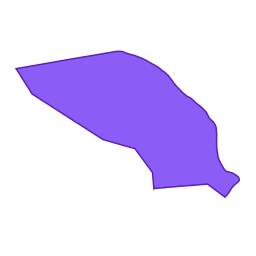 Zamakh wa Manwokh, Hadramawt, Yemen (Albers equal-area conic projection), rotated 265°
{"feature_id": "15242507B25520584620075", "entity_name": "Zamakh wa Manwokh", "entity_type": "district", "adm_level": 2, "iso_a3": "YEM", "parent_name": "Yemen", "parent_adm1": "Hadramawt", "projection": "albers", "projection_center": [47.768, 17.17], "detail": "fine", "context": "isolated", "style": "filled", "palette": "violet", "viewbox_px": 256, "rotation_deg": 265, "n_neighbors": 0, "source": "geoboundaries", "source_scale": "gbopen_adm2", "svg_char_len": 5553}
<svg xmlns="http://www.w3.org/2000/svg" viewBox="0 0 256 256"><g transform="rotate(265 128 128)"><path d="M50.7,218.6L52.0,220.0L52.2,220.3L52.9,221.0L53.3,221.4L53.5,221.6L53.9,222.0L54.4,222.4L55.0,222.8L55.5,223.3L56.0,223.7L56.5,224.0L57.1,224.5L57.6,224.9L58.2,225.3L58.7,225.7L59.2,226.2L59.8,226.7L60.3,227.2L60.8,227.7L61.4,228.3L61.8,228.8L62.0,229.1L62.2,229.3L62.6,230.0L63.1,230.6L63.4,231.2L63.5,231.3L63.8,231.8L64.1,232.2L64.4,232.5L64.6,232.8L65.1,233.5L65.6,233.9L65.8,234.0L66.2,234.2L66.8,234.3L67.5,234.3L68.1,234.2L68.7,234.0L68.8,234.0L69.3,233.7L69.8,233.4L70.3,232.9L70.9,232.4L71.3,231.9L71.7,231.4L72.1,230.9L73.0,229.6L73.4,229.1L73.8,228.6L73.9,228.4L74.1,228.0L74.4,227.4L74.6,226.8L74.8,226.2L75.0,225.6L75.2,224.9L75.4,224.3L75.5,224.1L75.7,223.7L75.9,223.0L76.0,222.9L76.2,222.4L76.6,221.9L76.8,221.7L77.0,221.4L77.5,221.0L77.9,220.7L78.3,220.5L78.5,220.3L79.2,219.9L79.7,219.6L80.0,219.5L80.8,219.1L81.0,219.0L81.4,218.8L82.2,218.5L82.6,218.3L82.9,218.2L83.6,217.8L84.0,217.6L85.0,217.2L85.4,217.0L85.6,216.9L86.2,216.7L86.5,216.6L86.8,216.5L87.5,216.3L88.2,216.0L88.7,215.8L89.3,215.6L90.2,215.5L90.5,215.4L90.9,215.3L91.7,215.2L92.4,215.2L92.5,215.2L93.1,215.1L93.3,215.1L94.0,215.0L94.3,215.0L94.6,215.0L95.3,215.0L96.0,214.9L96.8,214.9L97.7,214.8L98.7,214.7L99.3,214.7L99.8,214.7L100.1,214.7L100.8,214.7L101.7,214.7L102.4,214.7L103.0,214.8L104.0,214.9L104.6,214.9L105.3,215.0L106.1,215.1L106.8,215.1L107.5,215.2L108.2,215.2L108.5,215.3L108.8,215.3L109.2,215.3L109.5,215.4L110.1,215.4L110.8,215.4L111.4,215.5L112.2,215.6L112.4,215.6L112.9,215.7L113.3,215.8L113.6,215.8L114.4,215.8L114.8,215.8L115.1,215.8L115.6,215.8L115.9,215.8L116.6,215.8L116.9,215.8L117.3,215.9L118.1,215.9L118.5,215.9L118.8,215.9L119.4,215.9L119.5,215.9L120.2,215.8L120.8,215.8L121.1,215.8L121.2,215.7L121.6,215.7L122.2,215.6L122.8,215.3L123.5,215.1L124.1,214.8L124.8,214.5L125.5,214.1L126.1,213.8L126.7,213.4L127.2,213.0L127.8,212.4L128.4,211.9L128.5,211.8L128.8,211.5L129.3,211.1L129.9,210.5L130.3,210.2L131.0,209.8L131.7,209.5L132.8,209.0L133.2,208.8L133.5,208.7L133.9,208.6L134.2,208.5L134.8,208.2L135.4,208.0L136.0,207.8L136.5,207.5L137.1,207.2L137.6,206.8L138.2,206.4L138.7,205.9L139.2,205.5L139.8,205.0L140.4,204.6L140.6,204.5L141.0,204.1L141.6,203.6L141.8,203.4L142.0,203.1L142.5,202.7L143.1,202.1L143.6,201.6L144.0,201.2L144.6,200.6L145.1,200.0L145.5,199.6L146.0,199.1L146.2,198.8L146.4,198.6L146.9,198.1L147.4,197.5L148.0,197.0L148.6,196.6L149.0,196.2L149.6,195.7L150.2,195.2L150.7,194.7L151.2,194.2L151.5,193.9L151.7,193.6L152.2,193.1L152.6,192.6L153.1,191.9L153.4,191.4L153.6,191.1L153.7,190.8L153.7,190.7L154.0,190.2L154.4,189.7L154.9,189.2L155.4,188.6L156.0,188.0L156.4,187.6L156.8,187.2L157.3,186.7L157.9,186.1L158.3,185.7L158.9,185.2L159.4,184.8L159.8,184.4L160.3,184.0L160.9,183.5L161.3,183.3L161.5,183.1L162.1,182.6L162.6,182.1L163.1,181.7L163.6,181.3L164.2,180.8L164.7,180.4L165.1,180.0L165.7,179.7L166.3,179.2L166.5,179.0L166.8,178.9L167.2,178.6L167.3,178.5L167.6,178.4L167.9,178.1L168.1,178.0L168.4,177.8L169.1,177.3L169.6,177.0L170.2,176.7L170.8,176.4L171.1,176.3L171.4,176.1L172.1,175.6L172.6,175.3L173.3,174.8L173.5,174.7L173.8,174.5L174.3,174.2L174.9,173.8L175.0,173.8L175.5,173.5L175.7,173.4L176.0,173.2L176.5,172.9L177.1,172.4L177.6,172.0L178.1,171.5L178.5,171.1L179.2,170.5L179.6,170.0L180.2,169.5L180.7,169.0L181.1,168.5L181.3,168.3L181.5,168.0L182.0,167.4L182.5,166.9L182.9,166.4L183.5,165.9L183.9,165.4L184.1,165.2L184.5,164.9L185.0,164.4L185.4,163.9L185.5,163.8L185.8,163.4L186.3,162.9L186.7,162.4L186.8,162.2L187.1,161.8L187.5,161.2L187.9,160.6L188.4,159.9L188.8,159.2L189.2,158.6L189.3,158.5L189.7,157.9L190.1,157.2L190.6,156.5L190.9,156.0L191.4,155.3L191.8,154.7L192.1,154.2L192.6,153.6L193.0,153.1L193.2,152.7L193.5,152.4L193.9,151.7L194.2,151.2L194.3,151.1L194.7,150.5L195.1,149.9L195.2,149.7L195.4,149.3L195.8,148.8L196.2,148.1L196.5,147.4L196.8,146.8L197.1,146.2L197.4,145.6L197.7,144.9L198.0,144.2L198.3,143.7L198.6,143.1L198.9,142.5L199.2,141.9L199.3,141.8L199.6,141.1L199.9,140.3L200.0,139.8L200.2,139.2L200.5,138.5L200.6,138.2L200.7,137.8L201.0,137.2L201.2,136.6L201.5,136.0L201.8,135.3L202.1,134.4L202.4,133.7L202.6,133.1L203.0,132.3L203.2,131.9L203.4,131.6L203.7,131.0L204.0,130.4L204.3,129.9L204.3,129.7L204.5,129.2L204.7,128.6L204.8,128.0L205.0,127.3L205.1,126.8L205.1,126.5L205.2,125.9L205.2,125.4L205.2,125.2L205.2,124.6L205.3,124.0L205.3,123.3L205.3,123.1L205.3,122.7L205.2,122.0L205.2,121.2L205.1,120.6L205.1,120.0L205.0,119.3L204.5,112.8L202.8,92.2L202.3,85.1L198.2,37.8L196.9,21.7L194.8,22.8L192.9,23.8L190.8,24.8L188.8,25.9L186.7,26.9L184.7,28.0L182.6,29.0L180.5,30.1L178.8,31.0L176.6,32.2L174.4,33.3L172.3,34.3L170.3,35.4L168.9,37.2L167.4,39.1L166.0,40.9L164.3,43.1L163.1,44.6L161.7,46.5L160.3,48.3L158.8,50.2L157.4,52.1L156.0,53.8L154.5,55.8L153.1,57.6L151.6,59.5L150.2,61.4L148.8,63.2L147.3,65.0L145.9,66.9L144.5,68.7L143.0,70.6L141.6,72.4L140.1,74.4L138.7,76.1L137.3,78.0L135.9,79.9L134.4,81.7L133.0,83.6L131.6,85.4L130.1,87.3L128.7,89.1L127.3,91.0L125.8,92.8L124.4,94.7L123.0,96.5L121.5,98.4L120.1,100.2L118.7,102.1L117.0,106.5L115.3,110.9L114.4,113.2L112.7,117.6L111.0,122.0L110.2,124.2L108.5,128.7L106.8,133.1L105.0,134.2L103.2,135.3L101.4,136.4L99.6,137.5L97.8,138.6L96.0,139.7L94.2,140.8L92.4,141.9L90.6,143.0L88.7,144.1L86.9,145.2L85.2,146.3L83.4,147.4L81.5,148.5L77.5,148.5L73.4,148.5L71.3,148.5L69.1,148.5L65.4,148.5L65.5,148.6L65.4,159.7L65.5,159.7L65.5,162.9L65.4,168.0L65.4,173.7L65.3,184.7L65.2,202.4L50.7,218.6Z" fill="#8b5cf6" stroke="#5b21b6" stroke-width="1.5"/></g></svg>